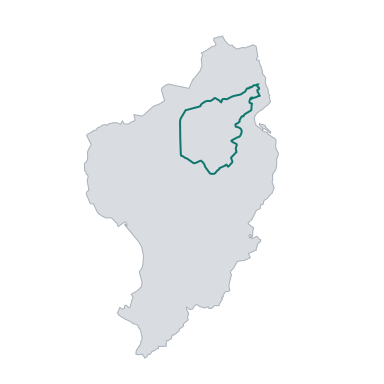 Iran, with Kerman highlighted, rotated 244°
{"feature_id": "IRN-3248", "entity_name": "Kerman", "entity_type": "Province", "adm_level": 1, "iso_a3": "IRN", "parent_name": "Iran", "parent_adm1": "", "projection": "natural_earth1", "projection_center": [57.389, 29.03], "detail": "fine", "context": "in_parent", "style": "outline", "palette": "teal", "viewbox_px": 384, "rotation_deg": 244, "n_neighbors": 0, "source": "natural_earth", "source_scale": "10m", "svg_char_len": 6019}
<svg xmlns="http://www.w3.org/2000/svg" viewBox="0 0 384 384"><g transform="rotate(244 192 192)"><path d="M193.2,110.5L196.9,110.7L203.7,108.4L204.3,107.9L206.4,103.3L208.7,101.3L212.8,98.8L215.4,98.0L224.6,98.3L225.3,96.5L226.8,95.5L236.8,96.1L238.3,97.5L238.9,100.1L247.2,102.5L248.9,103.2L251.0,105.2L252.6,105.7L254.8,104.8L256.1,105.4L258.3,104.9L264.8,107.7L265.7,110.7L266.8,112.0L268.3,113.2L273.4,115.5L275.0,116.8L278.7,122.2L289.1,122.1L289.8,123.3L289.7,125.6L290.4,131.1L289.7,133.1L291.0,134.9L290.9,138.4L291.4,140.8L290.3,144.1L289.1,144.8L289.8,147.7L288.8,150.6L288.9,151.7L287.3,154.1L287.2,155.0L284.2,157.3L286.4,160.6L283.1,160.8L281.0,164.3L281.6,168.5L281.1,170.6L281.4,171.8L282.3,172.7L286.8,173.5L286.9,174.1L282.2,180.1L282.4,182.5L286.0,194.9L285.4,201.1L286.0,207.4L297.4,209.3L298.7,210.9L299.5,214.4L299.5,217.1L299.2,218.4L286.5,234.6L293.1,242.6L293.3,244.4L297.3,252.3L301.0,256.3L307.4,258.5L310.3,261.5L313.0,261.4L312.8,265.4L313.9,273.8L313.1,277.6L315.3,278.4L318.8,277.8L320.0,278.6L320.7,279.9L319.9,280.7L320.0,284.0L319.1,284.7L318.8,287.8L313.7,287.9L308.9,289.3L307.2,290.5L306.2,292.7L304.6,292.5L304.1,293.3L300.8,294.9L299.6,301.2L298.3,302.7L297.4,311.8L296.6,312.0L295.0,313.5L284.6,310.5L283.6,308.3L282.5,307.9L281.0,310.0L275.8,308.8L274.0,309.2L272.9,308.5L270.1,308.5L267.9,307.2L262.3,308.3L258.8,306.0L255.1,305.4L250.6,305.4L246.9,303.7L245.0,304.4L244.1,303.2L238.6,302.1L236.9,298.0L236.8,296.0L235.5,292.4L235.0,287.3L233.8,283.6L231.5,280.5L225.2,278.7L221.9,279.6L219.5,281.4L215.5,282.4L212.3,285.8L210.6,285.6L203.2,290.2L201.6,290.2L196.1,287.0L193.7,286.5L188.7,286.6L186.0,284.5L185.3,283.0L178.8,279.7L174.8,276.6L173.6,273.8L171.9,271.8L168.0,270.1L165.8,268.3L159.8,267.7L155.6,263.2L155.6,261.8L153.2,256.9L152.8,253.4L152.2,252.4L150.1,251.0L149.8,250.0L150.3,247.8L147.6,246.4L147.2,245.3L147.3,241.8L140.9,233.5L139.7,228.9L138.5,228.7L132.6,231.7L130.9,230.0L125.8,227.1L125.1,226.0L126.4,225.5L127.7,226.0L128.5,225.4L128.2,224.4L126.9,223.8L125.2,223.8L125.7,224.7L124.0,225.6L123.6,226.8L123.9,230.2L123.2,231.2L120.5,231.7L118.8,232.8L117.3,231.6L116.9,229.1L116.0,227.5L114.6,226.9L113.5,225.3L111.7,224.5L111.9,215.8L107.4,215.6L107.6,209.0L109.8,202.4L105.6,196.5L103.8,192.0L102.7,191.2L100.5,191.3L93.2,185.2L90.6,183.6L87.1,183.1L86.7,181.0L87.7,178.6L86.1,175.5L85.6,174.6L84.1,174.3L84.3,172.3L82.4,172.4L79.0,167.1L78.0,166.3L80.1,162.3L78.8,159.0L79.7,156.2L81.6,156.3L82.2,152.6L85.6,148.8L88.5,147.2L88.9,146.0L88.4,144.0L86.6,141.4L87.0,139.2L87.6,138.1L90.6,137.0L90.8,136.5L89.4,135.7L84.2,135.7L81.4,133.1L78.7,132.5L77.3,126.8L76.9,126.2L75.7,126.0L74.9,124.9L74.6,121.2L72.8,119.5L71.5,114.0L71.5,112.6L72.0,111.4L69.2,109.0L68.9,105.3L69.6,104.4L66.3,101.8L64.8,101.6L64.7,101.2L67.2,95.5L68.1,94.1L66.2,93.3L66.3,90.5L65.9,88.1L66.2,85.9L64.9,84.2L64.6,83.3L65.1,80.8L63.9,79.6L63.3,76.9L68.1,76.2L69.2,72.2L71.0,70.5L73.9,72.4L77.9,79.0L80.4,80.9L82.2,83.1L91.2,85.3L93.2,84.6L96.3,84.7L100.4,80.7L102.2,80.2L107.0,76.2L112.8,72.5L115.8,71.9L119.9,76.6L117.4,78.0L117.0,79.2L117.2,80.3L119.1,81.5L119.3,82.8L118.7,83.5L116.1,84.2L115.4,85.6L118.0,87.7L119.3,89.5L120.8,90.0L123.0,92.9L126.7,92.5L127.2,99.4L129.1,105.2L132.9,107.6L143.0,109.5L144.0,110.6L145.6,113.7L148.2,116.0L155.9,120.4L164.4,122.6L170.1,122.4L191.2,117.3L193.1,117.3L190.0,118.6L191.2,119.2L193.9,119.2L194.5,118.7L194.6,117.8L193.2,110.5ZM222.9,283.3L221.6,285.3L219.6,287.0L218.2,286.5L212.3,288.9L210.8,288.8L210.6,288.0L217.0,285.1L217.3,284.4L216.9,282.9L219.0,283.5L221.3,282.3L223.2,282.0L224.1,282.8L222.9,283.3Z" fill="#d9dde1" stroke="#a8b0b8" stroke-width="1"/><path d="M208.5,249.6L205.8,242.3L205.0,242.0L201.8,241.7L201.2,241.3L200.9,240.9L200.6,240.4L200.5,239.7L199.4,237.3L199.0,236.0L199.0,235.6L199.6,235.4L199.8,235.2L201.1,235.1L201.6,234.7L201.5,234.3L201.4,233.6L201.2,232.7L201.4,227.3L201.0,227.0L200.6,226.4L200.3,224.7L199.5,222.5L198.7,221.0L198.7,220.2L199.0,219.0L199.6,217.7L200.8,216.3L208.5,214.9L210.2,215.0L211.3,215.2L213.9,214.8L216.2,213.8L216.4,212.6L216.6,207.4L217.2,206.1L224.4,202.1L225.4,201.0L228.2,199.4L228.9,198.7L229.2,198.2L230.9,198.5L245.4,205.0L260.9,212.3L262.9,213.9L268.3,222.1L265.6,235.8L265.5,237.2L265.8,237.6L266.4,238.0L267.0,239.5L267.5,243.0L267.4,244.4L267.0,246.1L265.9,247.9L265.7,249.0L265.9,250.1L265.9,251.5L266.3,252.4L266.5,253.0L266.5,253.6L266.1,254.1L265.4,254.6L262.3,256.6L260.7,257.1L259.9,257.6L260.4,258.4L261.6,259.3L262.0,260.2L261.6,261.7L260.1,263.9L260.2,269.6L260.0,271.5L258.4,278.2L258.4,279.8L258.8,281.2L258.8,281.9L258.8,282.9L259.1,284.1L260.1,285.4L260.9,286.9L260.5,288.2L260.1,288.9L260.3,289.3L260.8,289.7L260.8,290.3L260.3,290.9L260.0,291.6L260.3,292.6L260.7,293.2L260.8,293.8L260.6,294.5L260.4,294.8L260.4,295.4L260.2,295.6L260.0,296.1L260.1,297.1L260.0,297.7L259.7,298.4L259.1,297.5L258.9,297.3L258.6,297.3L258.0,297.1L257.6,297.2L257.2,297.7L256.6,297.8L255.9,297.7L255.4,297.6L255.1,297.2L255.1,296.6L255.0,296.3L254.9,295.9L255.1,295.6L254.8,295.3L254.0,295.1L253.4,294.9L252.9,294.8L252.5,295.0L251.7,295.1L250.6,294.9L248.8,295.0L248.7,294.7L249.0,294.3L249.2,293.4L249.2,292.9L249.1,292.4L249.4,289.2L249.6,288.6L249.9,288.3L249.9,288.0L249.9,287.6L249.6,286.6L249.6,286.2L249.9,286.2L250.8,286.8L250.9,286.5L250.5,285.6L249.7,284.6L248.6,283.6L247.7,283.0L246.8,283.0L246.2,283.4L245.9,283.9L245.2,284.6L244.8,284.4L243.9,283.7L239.6,281.2L239.4,280.3L238.9,274.1L238.5,272.8L238.1,272.0L237.8,271.8L237.5,271.3L237.7,270.8L238.1,270.4L238.0,269.6L237.4,268.6L236.7,267.8L236.4,267.2L235.9,266.4L235.2,266.0L234.7,265.9L234.5,265.7L234.3,265.4L233.8,262.8L233.9,261.1L233.8,260.8L232.4,260.1L231.6,260.0L231.0,260.6L230.6,261.1L229.1,262.6L227.5,263.5L226.6,263.6L225.0,263.4L223.6,262.5L222.4,261.3L221.2,259.6L220.9,258.0L221.2,256.8L221.0,250.4L220.6,249.8L220.2,249.9L218.6,250.7L215.8,252.9L215.1,253.1L214.5,252.8L213.9,252.3L213.3,251.5L212.1,250.5L209.6,249.7L208.5,249.6Z" fill="none" stroke="#0f766e" stroke-width="2"/></g></svg>